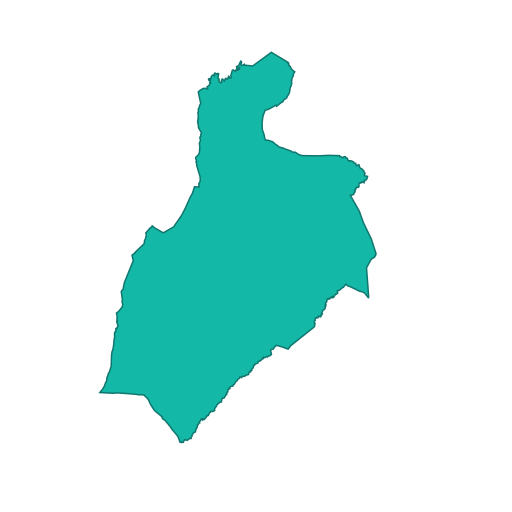 Vaals, Netherlands (Equal Earth projection), rotated 106°
{"feature_id": "6326949B17278408062250", "entity_name": "Vaals", "entity_type": "district", "adm_level": 2, "iso_a3": "NLD", "parent_name": "Netherlands", "parent_adm1": "", "projection": "equal_earth", "projection_center": [5.971, 50.778], "detail": "fine", "context": "isolated", "style": "filled", "palette": "teal", "viewbox_px": 512, "rotation_deg": 106, "n_neighbors": 0, "source": "geoboundaries", "source_scale": "gbopen_adm2", "svg_char_len": 6075}
<svg xmlns="http://www.w3.org/2000/svg" viewBox="0 0 512 512"><g transform="rotate(106 256 256)"><path d="M112.6,355.8L114.2,356.7L124.6,351.2L126.9,351.7L128.7,351.5L130.3,352.0L133.2,351.2L134.4,351.3L137.5,350.0L139.5,349.7L139.9,349.2L141.8,349.5L143.0,348.6L143.7,348.9L146.5,347.3L148.5,346.7L152.6,342.4L154.5,342.6L155.9,342.0L157.0,342.6L158.1,342.5L159.5,341.5L161.7,341.2L163.0,341.6L166.3,340.2L172.1,338.9L174.6,339.3L177.7,341.1L179.1,340.8L180.6,339.4L182.0,339.7L182.5,339.0L185.1,338.1L195.4,331.5L199.3,330.3L202.2,330.9L205.4,329.8L206.4,334.2L213.3,334.4L218.0,335.5L229.4,337.1L237.3,338.7L250.7,343.2L259.3,351.5L256.9,361.3L255.6,364.1L257.1,364.3L258.0,365.4L264.3,368.3L265.4,367.5L267.2,367.1L270.0,367.0L271.7,367.4L275.0,366.9L285.8,373.2L286.1,372.9L289.4,375.4L294.3,372.7L317.9,375.2L324.9,374.6L326.3,375.5L327.3,375.7L335.1,372.3L337.2,372.1L339.1,370.8L341.6,370.5L347.0,372.7L349.3,374.4L352.0,373.0L356.4,371.9L356.5,371.3L357.6,371.8L361.3,369.3L363.3,370.0L363.9,369.6L364.6,370.7L367.1,369.8L368.1,370.8L368.9,370.8L373.1,369.5L375.3,369.4L380.4,368.4L385.0,367.8L387.9,368.0L390.8,367.6L402.0,364.8L408.2,365.0L409.9,365.6L411.6,365.4L413.9,365.8L417.1,365.1L418.6,365.6L422.8,365.9L425.9,366.6L430.3,368.5L427.4,355.8L426.0,352.0L425.3,349.2L422.0,333.3L421.8,330.8L420.4,325.6L423.5,320.1L427.8,316.4L431.7,312.0L432.8,310.4L436.7,301.4L437.4,301.7L438.2,300.8L438.7,299.8L438.6,299.1L439.4,297.6L443.4,291.8L445.7,289.1L450.1,282.5L451.6,280.8L456.0,277.7L455.7,276.8L455.8,276.1L455.2,276.1L455.4,275.7L454.8,275.0L455.0,274.5L452.5,274.2L452.5,273.5L452.1,273.3L452.2,271.3L449.8,269.5L449.3,268.1L448.2,268.5L446.9,267.8L446.2,268.1L444.3,267.7L442.9,267.1L441.7,265.7L440.1,266.1L438.3,265.6L437.3,265.7L436.8,265.3L434.7,265.8L434.2,265.1L432.1,264.8L432.0,264.2L430.7,264.7L430.0,264.1L427.7,263.6L427.3,262.9L427.8,262.9L428.5,261.9L427.3,261.4L427.4,260.7L425.7,259.8L422.9,259.1L423.1,258.6L422.4,257.9L419.5,257.4L418.9,257.2L418.8,256.7L417.7,256.5L417.4,254.7L417.0,254.5L416.7,253.7L415.8,253.2L413.8,253.7L411.3,252.6L409.9,252.6L406.6,250.4L405.8,249.4L405.8,249.0L402.1,249.4L401.5,247.7L398.0,246.5L397.0,246.5L396.9,246.0L395.2,246.4L394.3,245.6L392.2,246.2L391.7,245.7L391.1,245.8L391.1,244.9L390.3,244.6L389.6,245.0L389.1,244.8L388.1,243.8L387.5,242.4L386.1,242.4L385.7,241.7L382.2,240.7L380.7,239.6L379.5,239.5L377.9,238.0L376.5,238.1L376.3,236.8L376.7,236.3L375.5,235.9L375.4,235.2L374.9,234.7L374.9,234.1L373.4,232.5L372.8,232.3L372.4,231.0L371.5,230.4L370.5,230.8L369.6,230.4L368.9,229.3L367.8,229.6L367.3,229.3L367.8,229.1L367.0,228.5L365.9,228.8L364.0,227.8L362.5,228.1L361.7,227.8L361.2,227.1L360.0,227.3L358.7,224.9L356.7,224.5L356.1,223.5L355.5,223.4L355.2,222.6L353.4,221.7L352.7,221.7L352.9,221.0L352.0,220.5L351.2,220.7L351.4,220.0L351.2,219.5L349.7,217.9L349.9,217.0L348.5,216.4L348.2,215.2L346.4,214.0L342.5,216.0L341.1,215.0L340.8,213.8L338.0,212.9L336.2,211.5L336.2,205.9L336.7,199.5L332.5,197.8L308.3,180.6L306.9,180.3L305.6,180.9L304.8,180.5L303.8,181.5L302.6,181.9L301.5,181.3L301.2,181.7L299.1,181.7L298.5,181.2L298.9,180.6L297.8,179.0L296.8,179.5L296.2,177.7L296.6,177.3L296.1,177.0L294.9,176.7L294.5,177.1L293.5,176.2L292.8,177.2L292.2,176.9L290.7,176.8L289.2,176.5L288.7,175.6L287.2,175.1L285.9,175.6L285.2,175.1L284.4,175.9L283.6,175.2L282.7,176.1L280.0,175.4L278.4,175.7L277.3,175.4L277.1,175.1L277.6,174.5L276.7,173.2L275.9,173.4L275.3,172.1L274.7,172.1L275.1,171.4L273.9,171.3L273.9,170.2L274.3,170.0L274.2,169.9L271.0,169.1L270.2,167.9L269.0,167.3L267.0,168.2L266.0,166.4L262.6,164.2L262.2,163.5L258.3,161.8L259.4,159.7L259.6,156.5L261.3,147.1L261.2,143.5L261.6,141.4L265.1,136.6L264.6,136.3L236.9,146.5L227.9,144.5L226.6,143.8L224.9,142.0L222.6,141.2L221.5,141.5L220.9,141.1L207.8,149.9L194.4,161.9L184.4,169.1L171.8,181.9L171.6,181.1L170.7,180.5L170.6,180.0L169.8,179.0L168.6,179.3L167.2,178.5L166.2,178.6L165.7,179.3L164.2,178.4L163.2,178.8L162.8,178.3L162.2,178.3L161.9,176.7L161.4,176.7L160.9,176.1L158.9,176.8L157.7,176.8L156.9,176.2L157.0,175.4L156.3,175.3L156.0,174.8L156.1,174.4L155.3,173.9L155.5,173.1L155.1,172.9L155.6,172.4L153.0,172.2L152.4,171.0L150.8,170.6L148.7,170.7L149.0,173.7L148.5,174.1L146.3,174.0L146.1,174.7L144.3,176.0L143.0,178.5L143.0,179.5L142.3,180.7L140.0,182.1L139.9,182.6L141.5,184.0L141.0,184.9L139.4,185.7L139.6,187.5L138.8,188.1L138.3,190.0L138.5,191.8L138.8,191.9L138.6,192.2L139.0,193.0L138.3,194.3L137.0,195.1L136.7,196.1L136.9,196.7L136.0,197.5L136.4,198.9L137.8,199.7L137.1,201.6L137.4,202.9L136.5,203.3L139.2,213.9L142.5,223.5L146.8,239.4L146.6,243.4L145.4,246.8L145.8,248.4L146.2,249.2L145.5,251.0L145.0,258.6L144.7,259.6L145.0,261.2L144.7,262.4L145.0,263.2L144.5,264.8L143.8,265.8L143.6,267.3L141.6,271.5L141.4,275.9L141.9,278.8L140.8,279.8L136.8,281.9L132.7,284.8L126.8,286.7L121.1,287.7L118.1,287.8L113.3,287.3L111.6,284.5L105.4,278.3L106.4,277.5L106.0,277.1L102.4,274.7L100.1,272.6L98.6,272.5L95.4,270.0L94.0,270.0L92.0,269.3L89.5,268.9L84.5,269.5L82.9,269.1L79.6,269.3L78.1,270.3L77.1,270.0L76.0,270.5L72.2,269.8L70.9,270.3L68.3,269.5L67.3,272.1L66.3,273.7L64.3,275.4L63.5,277.4L62.4,277.3L61.6,278.7L61.1,278.4L56.0,297.4L74.3,311.6L75.7,319.7L74.9,320.0L76.3,321.4L76.8,322.4L76.3,323.2L74.0,323.2L73.2,323.6L72.8,324.2L74.7,324.8L77.8,325.0L78.9,326.6L79.6,326.9L80.5,326.4L80.7,325.7L79.6,323.7L80.0,323.5L81.1,323.6L82.6,325.0L82.6,325.4L81.7,325.6L81.7,326.2L84.2,327.0L83.4,329.0L83.8,329.9L89.5,330.0L90.6,329.1L91.7,329.0L92.1,330.6L90.9,331.2L90.8,331.9L93.6,332.0L94.0,332.5L93.5,333.7L93.7,334.3L96.3,334.6L96.1,335.5L95.1,336.8L95.2,337.3L96.6,337.6L98.5,336.9L99.2,337.5L98.8,339.4L96.5,340.1L95.4,341.1L95.3,341.7L91.0,342.2L91.1,343.1L92.0,343.6L91.5,345.2L91.5,346.0L92.3,346.2L94.2,345.6L93.8,346.9L94.2,347.8L96.3,348.5L98.1,348.4L98.4,349.0L98.5,350.1L99.0,350.4L100.0,349.9L100.0,349.4L99.3,348.7L99.4,348.3L101.9,348.4L101.9,347.6L102.4,347.3L103.9,348.1L105.3,348.2L106.8,349.7L108.2,348.6L108.7,348.6L109.1,349.3L108.7,350.7L109.5,353.0L112.6,355.8Z" fill="#14b8a6" stroke="#0f766e" stroke-width="1.5"/></g></svg>